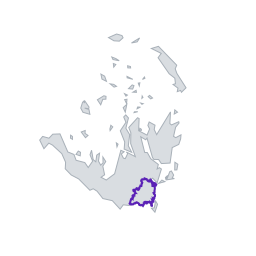 Ipeiroy, Ipeiros, Greece shown in context, rotated 230°
{"feature_id": "26713481B784345685192", "entity_name": "Ipeiroy", "entity_type": "district", "adm_level": 2, "iso_a3": "GRC", "parent_name": "Greece", "parent_adm1": "Ipeiros", "projection": "robinson", "projection_center": [20.637, 39.661], "detail": "fine", "context": "in_parent", "style": "outline", "palette": "violet", "viewbox_px": 256, "rotation_deg": 230, "n_neighbors": 0, "source": "geoboundaries", "source_scale": "gbopen_adm2", "svg_char_len": 8118}
<svg xmlns="http://www.w3.org/2000/svg" viewBox="0 0 256 256"><g transform="rotate(230 128 128)"><path d="M166.2,50.3L175.5,52.6L176.4,57.2L171.0,60.9L171.6,66.4L167.2,72.1L148.3,66.5L142.5,69.6L136.6,67.5L129.3,72.7L123.3,72.1L125.3,79.6L131.9,81.7L134.4,85.8L126.2,81.0L122.8,81.6L127.3,86.6L127.0,90.0L121.6,84.1L117.1,83.2L117.3,86.5L121.9,90.1L116.6,89.4L115.0,84.2L107.2,80.0L107.6,75.7L102.1,77.9L101.5,88.3L115.5,108.2L112.3,109.8L112.4,106.2L107.9,105.1L106.3,106.2L107.2,108.3L108.7,111.5L110.7,111.3L101.3,115.2L114.3,120.0L122.5,127.1L127.9,128.9L129.7,141.9L128.1,142.6L119.1,134.4L110.3,138.0L113.4,143.9L117.2,144.9L119.0,148.1L112.8,150.5L110.0,147.1L104.5,145.7L113.0,170.9L104.5,162.9L102.4,163.3L100.2,170.9L99.0,170.3L98.0,165.0L92.3,157.5L89.9,158.4L88.7,164.2L85.8,161.3L82.8,156.3L84.6,149.3L74.1,137.7L79.3,130.7L84.2,131.2L87.3,127.6L89.7,127.8L108.1,136.1L107.6,134.0L113.1,132.1L98.6,125.1L96.7,127.0L89.9,125.7L80.6,127.8L77.9,124.0L77.4,126.6L75.1,127.2L67.3,115.1L73.8,114.6L73.9,111.5L67.5,112.0L58.5,104.7L52.8,95.9L57.5,96.6L60.0,93.7L58.7,89.6L65.2,86.5L68.0,79.0L72.2,75.0L70.9,69.8L82.4,69.3L90.1,63.4L99.5,63.7L103.8,62.3L104.8,58.8L120.7,57.5L128.5,54.3L137.1,53.7L141.9,58.2L150.9,60.8L163.4,59.2L167.3,57.6L166.2,50.3ZM126.4,191.9L132.4,190.5L131.4,192.8L136.1,195.9L143.1,194.4L162.5,196.2L163.8,201.4L173.9,197.0L171.0,203.8L144.8,205.7L143.0,202.2L138.3,200.5L121.5,198.3L121.0,191.9L123.0,192.4L124.2,189.1L126.4,191.9ZM114.3,111.5L119.4,116.5L130.8,120.3L133.7,130.1L139.2,131.8L139.5,134.7L135.4,134.8L129.2,126.2L121.8,125.0L114.2,116.8L107.0,115.2L114.3,111.5ZM173.6,104.6L176.9,109.7L177.0,111.5L175.2,110.5L176.4,112.3L169.1,111.6L168.0,110.3L171.1,107.6L167.3,110.0L163.0,107.6L169.0,103.6L173.6,104.6ZM202.7,182.8L200.3,182.2L200.1,177.2L203.8,173.3L209.8,171.2L207.3,179.7L202.7,182.8ZM168.2,130.2L166.4,131.5L164.3,129.6L166.2,127.1L163.3,122.0L169.3,122.7L168.2,130.2ZM63.4,124.3L67.7,131.9L67.2,133.6L62.6,132.7L61.3,129.8L59.4,131.0L63.4,124.3ZM54.3,102.2L50.6,101.6L46.2,94.5L51.4,94.4L49.9,96.8L54.3,102.2ZM155.0,89.6L153.6,93.6L151.5,91.6L148.0,92.6L147.9,89.2L155.0,89.6ZM182.2,139.5L186.7,141.9L182.7,143.4L177.6,141.5L182.2,139.5ZM142.3,75.1L139.9,76.0L137.4,73.5L141.2,71.2L142.3,75.1ZM65.8,136.8L71.6,141.9L68.2,142.9L64.5,138.5L65.8,136.8ZM158.3,158.9L156.6,159.8L154.8,156.6L157.8,153.7L158.3,158.9ZM146.7,137.4L146.9,142.3L141.9,136.1L146.7,137.4ZM190.9,185.3L189.5,194.8L188.1,190.4L190.9,185.3ZM66.3,120.5L63.2,121.8L65.9,115.8L66.3,120.5ZM111.8,175.5L108.3,176.1L109.0,172.4L111.8,175.5ZM185.2,164.5L190.1,160.5L192.8,161.2L189.0,163.3L185.2,164.5ZM167.3,146.0L168.3,143.6L173.3,142.7L170.6,145.1L167.3,146.0ZM152.3,154.8L151.7,158.4L149.9,157.4L152.3,154.8ZM151.9,143.7L150.7,145.7L147.6,142.6L151.9,143.7ZM141.1,116.6L138.6,117.0L137.5,112.6L138.9,113.5L141.1,116.6ZM159.4,79.4L157.3,80.0L155.0,78.2L157.2,77.4L159.4,79.4ZM139.1,163.6L139.1,165.5L135.2,166.1L135.7,164.1L139.1,163.6ZM168.2,160.4L162.2,163.0L167.0,159.6L168.2,160.4ZM136.3,143.3L134.2,146.0L135.9,142.5L136.3,143.3ZM156.5,147.4L153.6,148.7L153.7,146.9L156.5,147.4ZM175.9,167.7L173.5,169.4L172.3,168.6L174.2,166.5L175.9,167.7ZM186.8,158.2L184.5,159.5L183.8,156.2L186.8,158.2ZM137.9,148.8L136.0,151.0L136.9,147.3L137.9,148.8ZM66.0,124.8L66.2,127.9L64.5,124.1L66.0,124.8ZM155.8,164.7L155.0,166.1L153.0,163.7L155.8,164.7ZM124.1,109.5L122.0,110.0L120.6,107.4L124.1,109.5ZM120.1,136.9L118.5,137.4L117.6,136.8L118.8,135.4L120.1,136.9ZM138.9,153.8L136.9,155.2L137.2,153.9L138.9,153.8ZM155.9,170.3L156.5,173.4L155.2,172.9L155.9,170.3ZM143.4,159.4L141.8,159.1L141.8,157.7L143.4,159.4Z" fill="#d9dde1" stroke="#a8b0b8" stroke-width="1"/><path d="M67.4,81.2L67.2,81.4L67.1,81.6L67.2,81.8L67.0,82.0L66.7,82.1L66.6,82.4L66.2,82.8L66.1,83.1L66.2,83.3L66.4,83.4L66.4,83.9L66.4,84.1L66.1,84.6L65.8,84.7L65.6,84.9L65.5,85.4L65.9,85.7L65.7,86.0L65.5,86.3L65.6,86.7L65.5,87.0L65.1,87.1L64.5,87.2L64.2,87.5L63.6,87.7L63.1,87.7L62.4,87.3L62.2,87.7L61.7,87.7L61.3,87.5L60.8,87.8L60.5,88.1L60.6,88.3L60.5,88.6L60.3,88.8L60.3,89.0L60.2,89.3L59.9,89.4L58.7,89.4L58.8,89.7L59.1,90.1L59.3,90.4L59.2,90.9L59.6,91.2L59.8,91.6L60.1,91.7L60.0,91.9L60.1,92.2L60.7,92.8L60.6,93.0L60.6,93.4L60.5,93.7L60.0,94.1L59.9,94.1L59.4,93.7L58.6,93.4L58.3,93.7L58.6,94.2L58.5,94.4L58.3,94.5L58.6,95.1L58.9,95.3L58.7,95.5L58.5,95.8L58.1,95.8L58.0,96.0L57.8,96.2L57.8,96.7L57.4,96.5L57.2,96.4L57.1,96.5L56.9,96.9L57.1,97.2L57.1,97.3L56.5,97.3L55.6,97.1L55.2,97.1L54.6,96.7L54.3,96.5L54.1,96.3L53.5,96.3L53.4,96.1L53.0,96.3L53.1,96.5L53.3,96.6L53.9,96.5L54.0,96.7L54.4,96.8L54.7,96.9L54.7,97.1L54.7,96.9L54.7,97.2L54.8,97.0L55.5,97.4L55.9,97.5L56.2,97.8L56.3,97.9L56.3,98.2L56.0,98.6L55.8,98.6L56.1,98.9L55.9,99.3L55.6,99.5L55.4,100.0L55.7,100.0L55.8,100.0L55.6,100.0L56.0,99.8L56.2,100.0L56.2,99.9L56.2,100.0L56.5,100.1L56.0,100.2L56.1,100.4L56.3,100.2L56.9,100.3L57.2,100.2L57.7,100.4L57.8,100.7L57.6,101.1L57.1,100.8L56.8,100.9L57.5,101.5L58.0,101.8L57.0,102.0L56.8,101.9L57.0,102.2L57.2,102.7L57.2,102.9L57.7,103.1L58.1,103.4L58.0,103.8L58.1,104.0L58.2,104.5L58.5,104.9L59.1,105.4L59.2,105.6L59.4,105.7L60.0,105.7L60.9,105.9L61.0,105.7L61.3,105.9L61.5,106.0L61.6,105.8L61.8,105.8L61.7,106.2L61.8,106.5L61.7,106.7L61.8,107.2L62.8,107.8L64.0,109.3L64.8,110.0L65.0,110.0L66.0,110.9L66.2,111.3L66.3,111.7L66.2,112.1L66.0,112.3L66.5,113.3L67.1,113.3L67.0,113.1L67.1,112.9L67.1,112.6L67.0,112.8L67.6,112.8L67.8,113.0L68.3,113.2L68.5,113.1L68.4,112.9L68.1,112.8L67.9,112.6L67.5,112.3L66.8,112.0L66.7,111.9L67.0,111.7L67.2,111.3L67.4,111.2L67.7,110.8L68.0,110.8L68.3,111.0L68.2,110.8L67.9,110.7L67.6,110.8L67.7,110.5L67.9,110.4L67.3,110.3L67.7,110.1L67.6,109.9L67.4,109.9L67.5,109.8L67.8,110.0L67.9,109.9L67.8,109.7L67.7,109.8L67.6,109.7L67.7,109.8L67.8,109.7L68.0,109.8L67.8,109.6L67.7,109.7L67.8,109.5L68.0,109.5L68.3,109.7L68.6,110.0L68.5,110.3L68.3,110.4L68.1,110.4L68.3,110.5L68.6,110.4L68.7,110.6L69.1,110.7L68.9,111.1L69.0,111.2L69.0,111.3L69.3,111.4L69.1,111.2L69.2,110.9L69.4,110.8L69.6,110.8L69.5,110.5L70.3,110.8L70.7,110.6L70.5,110.8L70.4,111.0L70.6,111.5L71.0,111.3L71.2,111.6L71.3,111.8L72.1,112.0L72.4,112.1L72.7,112.1L72.3,111.8L72.6,111.9L72.9,112.0L72.9,111.9L72.5,111.7L72.8,111.4L72.7,111.3L72.9,111.3L73.1,111.6L73.0,111.1L73.6,111.0L73.4,111.1L73.7,111.1L73.5,110.8L73.5,110.7L73.3,110.3L73.7,110.2L73.4,109.9L73.9,109.5L73.9,109.4L74.1,109.3L74.4,109.4L74.7,109.2L75.0,109.3L75.1,109.1L75.3,109.1L75.5,109.3L75.8,109.2L76.1,109.2L76.8,109.5L77.1,109.3L77.2,109.1L77.8,108.8L77.7,108.5L78.7,108.2L78.5,107.9L78.3,107.8L78.4,107.7L78.3,107.3L78.5,107.0L78.6,106.8L78.8,106.7L79.1,106.5L79.1,106.3L79.4,106.2L79.7,105.6L79.7,105.4L79.4,105.2L79.5,104.9L79.4,104.6L79.2,104.6L79.1,104.4L79.1,104.2L78.7,103.9L77.8,104.0L77.6,103.9L77.6,104.0L77.4,104.0L77.4,103.9L77.2,103.8L77.2,103.7L76.8,103.5L76.7,103.4L76.9,103.1L76.8,102.8L76.7,102.7L76.4,102.4L76.2,102.2L75.9,102.1L75.4,101.5L75.3,101.3L75.7,101.1L75.7,100.7L75.3,100.8L75.0,100.7L75.2,100.3L75.5,100.2L75.4,100.1L75.5,99.9L75.3,99.4L75.3,98.9L75.1,98.3L75.1,98.2L74.5,98.0L74.5,97.8L74.4,97.7L74.5,97.5L74.5,97.2L74.3,97.2L73.9,96.8L73.9,96.5L73.9,96.4L74.3,96.4L74.4,96.1L74.6,96.1L74.7,95.7L74.8,95.7L75.1,95.8L75.3,95.7L75.6,95.9L75.9,95.9L75.9,96.1L76.1,96.2L76.3,96.1L76.4,95.9L76.3,95.5L76.0,95.3L75.9,95.3L76.0,94.8L75.9,94.5L75.9,94.2L75.9,93.7L76.1,93.7L76.3,93.6L76.3,93.4L76.5,93.2L76.6,92.9L76.6,92.6L76.8,92.5L77.1,92.6L77.2,92.4L76.8,92.0L76.5,92.0L76.4,91.9L76.1,91.8L76.0,91.7L75.7,91.8L75.3,92.0L75.0,92.0L74.7,92.4L74.4,92.3L74.1,92.3L73.5,92.0L73.4,92.0L73.5,91.9L73.4,91.6L73.3,91.4L73.2,90.9L73.2,90.7L73.1,90.3L72.8,90.1L72.6,89.9L72.5,89.6L72.1,89.4L72.3,89.1L72.7,89.4L72.9,89.2L73.2,88.8L73.1,88.7L73.1,88.4L73.2,87.9L73.0,87.7L72.6,87.6L72.2,87.8L71.8,87.9L71.4,87.3L71.4,87.0L71.4,86.9L71.1,86.6L71.1,86.4L70.8,86.1L71.0,86.1L71.2,85.9L71.7,85.7L71.7,85.4L71.6,84.8L71.3,84.8L71.4,84.6L71.4,84.4L71.3,84.2L71.0,84.1L70.8,83.4L70.5,83.2L70.4,82.9L70.1,82.4L69.7,82.0L69.3,81.6L69.3,81.0L69.1,80.6L68.9,80.6L68.9,80.8L68.7,80.9L68.7,81.4L68.2,81.5L67.7,81.4L67.4,81.2Z" fill="none" stroke="#5b21b6" stroke-width="2"/></g></svg>